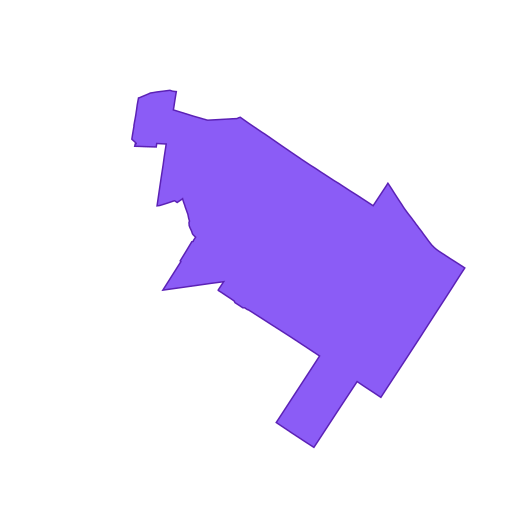 Gheorghe Lazar, Ialomita, Romania (Robinson projection), rotated 122°
{"feature_id": "2599482B83475283198024", "entity_name": "Gheorghe Lazar", "entity_type": "district", "adm_level": 2, "iso_a3": "ROU", "parent_name": "Romania", "parent_adm1": "Ialomita", "projection": "robinson", "projection_center": [27.442, 44.628], "detail": "fine", "context": "isolated", "style": "filled", "palette": "violet", "viewbox_px": 512, "rotation_deg": 122, "n_neighbors": 0, "source": "geoboundaries", "source_scale": "gbopen_adm2", "svg_char_len": 2955}
<svg xmlns="http://www.w3.org/2000/svg" viewBox="0 0 512 512"><g transform="rotate(122 256 256)"><path d="M309.7,75.2L298.3,75.0L261.2,74.2L254.9,74.1L234.9,73.7L232.9,73.7L232.2,73.7L210.8,73.4L193.5,73.1L178.7,72.9L166.1,72.8L160.7,72.7L155.5,72.6L155.4,75.4L155.4,77.8L155.3,85.0L155.3,87.5L155.3,90.2L155.2,92.8L155.2,94.8L155.1,97.0L155.1,99.6L155.0,103.8L154.8,106.5L154.6,107.8L154.5,108.5L154.4,109.3L154.0,110.8L153.7,112.4L152.5,115.8L151.8,117.7L150.1,121.9L148.5,126.1L147.8,127.6L146.1,132.1L145.9,132.8L144.9,135.1L144.4,136.7L143.5,138.8L143.0,140.0L142.5,141.4L141.5,143.9L140.9,145.5L139.8,148.6L139.0,150.7L137.6,154.2L137.1,155.4L136.1,157.6L135.3,159.2L133.5,163.2L131.6,167.3L129.2,172.4L127.3,176.3L124.5,182.4L124.4,182.7L127.1,182.7L143.4,183.1L151.3,183.3L150.9,202.8L150.9,210.8L150.7,220.4L150.6,223.7L150.7,229.4L150.7,229.8L150.5,239.0L150.4,246.1L150.3,248.2L150.2,251.5L150.2,257.9L149.9,269.0L149.8,270.1L149.6,275.7L149.4,281.1L148.9,292.8L147.9,313.2L147.9,316.7L147.3,332.6L146.7,342.9L147.2,343.3L147.9,343.9L149.3,344.8L149.8,345.3L150.6,346.5L151.3,347.5L152.1,348.7L154.0,351.3L166.4,368.9L166.9,370.3L167.2,371.6L167.7,373.1L168.3,375.4L170.4,382.6L175.9,403.5L173.2,404.6L170.4,405.8L168.1,406.8L164.1,408.5L158.8,410.7L159.8,412.7L160.4,414.1L160.5,414.3L161.1,416.8L166.5,423.4L166.6,423.6L167.8,425.0L169.5,427.1L172.0,429.9L173.8,432.0L175.4,433.0L178.1,434.9L181.2,437.1L183.8,438.9L184.2,439.4L190.8,436.8L195.9,434.5L196.2,434.4L197.1,434.0L199.8,432.8L204.5,430.9L206.6,430.1L209.0,429.1L209.7,428.9L210.0,428.7L210.3,428.4L218.8,424.9L222.5,423.3L222.8,423.1L223.2,420.7L223.6,418.6L223.9,417.4L224.2,417.1L224.6,417.2L225.0,417.8L226.9,417.1L227.2,417.0L225.2,413.6L222.3,408.5L216.4,398.4L213.2,399.8L208.6,391.5L220.7,386.3L227.8,383.1L239.9,377.9L252.0,372.6L265.9,366.5L264.2,364.4L260.6,361.3L257.9,359.0L252.4,354.5L252.3,354.2L252.4,351.2L246.6,348.7L246.3,348.6L247.2,347.7L249.2,345.3L249.9,344.4L250.9,343.1L251.6,342.4L254.2,339.1L255.7,337.2L256.6,336.0L259.7,333.1L261.2,331.4L261.4,331.1L261.6,330.9L261.8,330.8L262.1,330.8L262.4,330.8L262.8,330.7L263.4,330.4L263.8,330.1L265.0,329.2L265.5,328.9L266.0,328.3L267.0,327.0L268.4,324.8L269.3,323.5L270.4,322.2L270.9,321.5L271.3,320.5L271.7,318.8L271.9,317.6L272.0,317.2L275.6,317.3L276.9,317.0L277.6,317.7L277.9,318.0L289.0,317.8L300.3,317.7L300.4,317.1L300.6,316.7L332.6,316.9L334.3,316.9L310.9,289.0L302.9,279.5L297.0,272.3L294.9,269.8L304.1,270.0L305.0,270.0L305.1,269.8L305.2,269.6L305.2,267.0L305.4,260.4L305.5,255.6L305.7,250.9L305.9,250.4L306.7,249.1L306.7,248.9L306.9,239.7L306.2,238.6L305.9,238.1L306.0,236.4L306.0,235.0L306.0,234.7L305.7,234.3L305.7,234.2L305.7,231.1L306.0,206.8L306.2,185.8L306.9,156.5L307.1,149.1L307.4,149.1L320.2,149.3L377.3,150.4L386.5,150.6L387.1,132.1L387.5,113.4L387.6,105.5L380.0,105.3L360.2,104.9L345.3,104.6L308.9,103.7L309.2,95.1L309.7,75.2Z" fill="#8b5cf6" stroke="#5b21b6" stroke-width="1.5"/></g></svg>